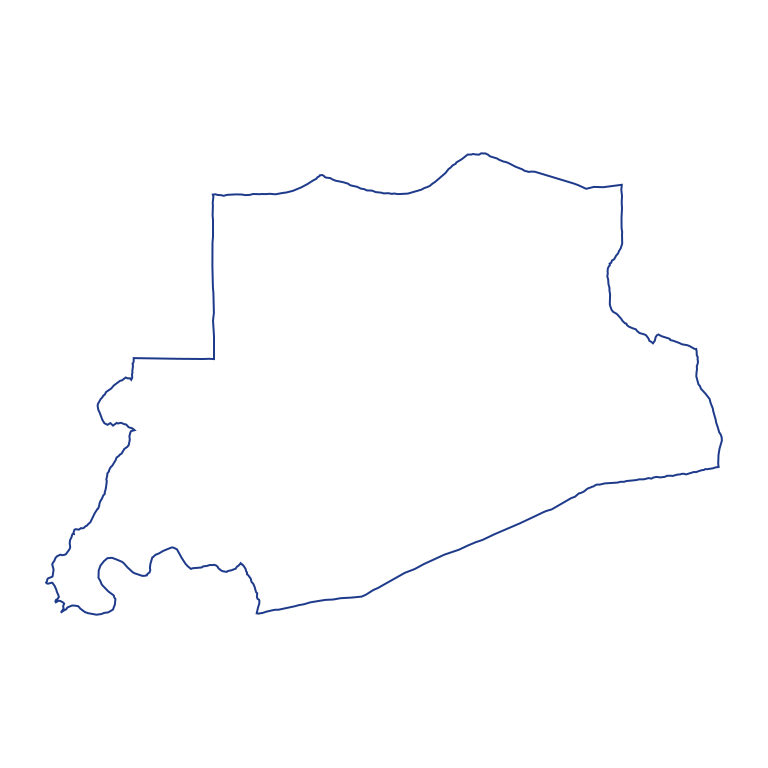 Bounkiling, Sédhiou, Senegal (Albers equal-area conic projection)
{"feature_id": "50182788B68388966372963", "entity_name": "Bounkiling", "entity_type": "district", "adm_level": 2, "iso_a3": "SEN", "parent_name": "Senegal", "parent_adm1": "Sédhiou", "projection": "albers", "projection_center": [-15.653, 13.139], "detail": "fine", "context": "isolated", "style": "outline", "palette": "blue", "viewbox_px": 768, "rotation_deg": 0, "n_neighbors": 0, "source": "geoboundaries", "source_scale": "gbopen_adm2", "svg_char_len": 6049}
<svg xmlns="http://www.w3.org/2000/svg" viewBox="0 0 768 768"><path d="M60.9,612.6L64.1,610.3L66.2,609.3L67.5,607.4L72.1,605.5L74.6,605.6L78.2,606.2L80.4,608.7L85.0,612.1L88.2,613.2L96.4,614.7L101.1,614.1L104.2,612.9L108.1,612.4L111.8,610.3L113.0,609.5L114.9,604.4L115.4,599.0L114.4,597.7L113.7,595.4L108.4,591.5L102.4,585.3L101.3,583.6L100.5,581.3L98.5,577.8L98.7,570.6L100.5,565.5L104.1,561.0L107.4,558.2L112.0,557.8L116.3,559.4L122.0,561.8L123.9,563.3L127.5,567.4L132.8,572.3L134.7,573.3L142.4,575.9L145.6,575.7L146.1,575.3L146.9,575.3L147.5,573.9L149.5,572.5L150.3,570.1L149.9,568.1L150.4,563.9L152.3,557.5L152.9,557.2L155.5,554.8L158.8,553.5L163.4,550.8L171.5,547.5L173.5,547.6L177.0,549.4L181.8,558.1L185.5,563.8L188.1,566.6L191.0,568.9L192.8,568.2L201.5,567.5L203.4,566.3L206.7,566.0L209.8,565.0L212.5,565.1L213.9,564.8L215.8,565.3L217.6,566.7L218.5,568.4L221.5,570.7L223.2,571.3L226.7,571.9L228.0,571.0L231.3,570.3L235.6,568.7L237.0,566.6L238.4,565.8L240.7,563.2L241.5,564.4L242.3,564.4L243.5,565.8L245.5,568.7L246.2,571.4L247.0,572.5L247.0,574.2L248.2,575.2L250.7,578.6L251.5,581.9L253.1,583.6L253.7,584.7L254.7,587.2L256.0,592.0L257.2,593.2L256.9,597.0L257.6,598.9L259.0,599.7L259.4,600.8L259.3,603.4L257.9,608.1L256.7,613.3L258.5,613.6L262.8,612.9L266.2,611.7L274.6,609.8L278.6,609.7L295.5,606.1L298.5,605.2L303.8,604.3L310.5,602.3L325.3,599.9L333.3,599.5L340.5,598.2L351.4,597.6L361.6,596.6L365.6,594.9L373.2,590.1L378.1,587.9L404.7,572.9L414.8,569.0L423.6,564.2L444.5,554.6L459.0,549.7L467.9,545.5L475.5,542.3L482.6,539.9L494.3,534.3L519.3,523.6L543.2,512.3L546.2,511.0L551.7,509.4L571.4,498.0L574.9,496.8L579.0,493.3L580.5,493.1L582.1,492.4L584.1,491.4L587.0,489.0L588.4,488.2L590.8,487.4L591.9,486.8L593.3,486.5L595.5,485.1L597.0,484.6L599.7,484.6L604.8,483.4L617.5,482.6L620.5,481.8L624.0,481.8L626.7,481.0L636.1,480.1L639.4,479.3L643.9,479.3L648.5,478.1L651.4,478.6L653.3,477.6L656.2,476.9L660.4,477.4L665.0,476.8L666.9,475.8L670.7,475.7L672.4,476.0L677.4,474.6L680.1,474.4L681.9,473.8L684.0,473.8L686.1,474.4L693.9,472.0L696.0,472.1L701.6,470.2L703.8,470.0L705.2,469.1L707.1,469.2L713.0,468.3L715.5,467.4L718.6,467.0L718.2,463.9L718.5,455.0L719.5,448.8L721.9,440.5L721.6,436.9L720.5,434.2L719.2,432.3L717.9,427.7L716.2,422.7L715.7,419.8L713.2,411.0L712.8,408.4L710.7,403.2L709.6,399.0L705.5,393.7L700.9,388.7L700.0,386.2L698.4,384.2L696.3,376.3L696.6,371.5L697.0,369.6L696.8,366.1L697.5,364.3L698.0,362.0L697.6,359.3L697.7,357.1L696.8,355.3L696.6,351.0L696.2,349.0L695.6,349.2L694.4,348.8L689.6,346.1L687.3,345.2L682.0,344.3L679.1,342.9L673.1,340.7L670.4,340.1L669.7,338.8L661.6,336.2L658.4,334.5L657.0,335.2L655.7,337.0L654.8,340.7L653.0,343.3L650.9,341.6L649.5,341.0L648.5,338.5L646.0,335.2L644.3,334.4L639.5,333.0L637.1,331.0L635.8,329.3L632.5,328.2L628.8,326.6L627.0,325.1L626.4,323.6L625.1,323.4L622.5,320.9L621.3,318.9L616.8,313.9L613.1,311.8L611.6,309.9L610.2,306.0L609.8,304.1L610.1,294.6L609.4,290.0L609.5,288.0L608.5,284.3L608.1,279.1L607.3,276.5L607.8,273.3L607.6,271.6L607.8,268.7L608.7,266.6L609.9,265.2L609.6,263.6L611.2,262.8L611.9,260.6L614.2,259.2L616.2,255.5L618.1,253.4L618.9,251.2L620.7,248.3L622.2,243.6L622.0,234.4L622.2,232.2L621.6,228.3L621.5,218.0L622.0,208.3L621.7,202.2L622.0,195.8L621.3,189.8L621.8,184.8L603.2,187.2L593.9,186.9L586.2,188.8L578.1,185.1L573.4,183.4L534.7,171.7L531.0,171.6L528.8,171.9L524.6,170.8L522.2,169.3L515.5,166.7L508.0,162.8L505.4,161.9L503.6,161.6L498.8,159.6L497.1,158.5L489.9,156.3L488.2,154.8L485.4,153.4L483.7,153.5L481.8,153.3L480.8,153.5L479.3,154.6L476.0,154.5L473.0,154.0L471.5,154.5L467.6,154.6L461.5,159.4L456.4,162.4L455.6,163.8L452.5,165.5L450.7,167.5L448.5,169.1L445.5,173.0L435.1,181.9L432.0,184.0L430.1,185.7L427.5,187.0L424.4,188.0L421.3,189.7L407.8,193.6L398.0,194.1L394.0,193.5L392.0,193.9L388.3,193.2L383.7,193.4L381.5,192.7L375.8,192.1L372.0,190.6L366.7,190.4L364.4,189.2L360.8,188.6L357.1,186.8L350.3,185.3L347.9,183.6L342.8,182.1L335.6,180.7L332.4,179.4L330.3,178.1L326.1,177.6L324.9,177.1L324.0,176.0L322.2,175.0L319.9,175.3L319.4,176.2L317.5,177.2L316.3,178.8L312.7,180.7L307.6,184.0L301.2,187.4L293.0,190.8L285.9,192.6L283.5,192.8L275.5,194.3L270.0,193.8L265.9,194.1L261.6,194.0L260.1,194.2L253.0,194.0L249.8,194.9L245.4,195.1L241.4,194.5L236.1,194.4L227.5,194.8L223.5,195.8L221.3,195.2L217.3,194.9L215.5,194.3L212.8,194.6L213.4,196.7L212.7,202.9L212.9,205.9L212.6,215.6L213.0,219.9L213.0,237.1L212.5,242.6L212.4,266.0L212.9,286.9L213.4,293.2L213.9,312.9L213.0,320.5L214.0,336.2L214.0,359.1L209.3,358.8L202.6,359.0L178.3,358.8L133.7,358.1L133.7,361.2L133.2,363.0L132.6,363.6L133.0,366.0L132.3,371.2L132.5,372.6L132.0,374.3L132.2,377.8L131.2,379.8L130.0,378.3L127.7,378.4L125.8,377.5L121.9,380.4L120.1,380.8L113.9,385.4L111.2,388.5L106.0,392.1L104.8,394.6L103.3,395.6L102.5,397.1L100.6,399.2L97.9,404.0L97.6,405.8L98.1,408.6L98.4,410.1L99.3,411.7L102.4,419.9L104.4,423.2L107.4,424.8L110.4,423.1L113.0,425.6L116.7,422.9L117.8,423.5L121.0,422.8L124.7,424.3L126.2,424.5L128.6,427.2L132.6,428.5L134.6,430.2L131.1,431.1L130.3,432.7L129.4,436.2L129.8,439.7L128.7,445.1L127.2,447.0L124.4,448.8L121.5,453.7L119.9,454.6L118.5,456.2L116.6,457.5L115.7,460.0L112.2,465.8L110.9,466.9L109.7,468.8L108.8,471.3L108.9,471.5L107.3,473.5L107.3,475.2L106.3,479.5L106.8,481.0L106.1,486.7L105.5,489.9L104.7,492.3L104.8,493.9L103.3,495.4L101.8,498.9L100.5,500.9L99.6,503.1L99.1,506.1L98.1,508.7L97.5,508.9L94.8,513.1L90.4,522.2L87.9,524.4L87.2,525.4L85.1,526.6L83.7,528.0L82.1,528.4L81.0,528.1L78.9,529.6L75.5,529.2L74.4,529.8L73.6,532.3L73.9,534.0L72.9,533.8L72.3,534.4L71.5,537.2L70.0,540.3L69.7,543.3L70.2,547.1L69.6,549.1L66.0,554.1L64.6,554.8L62.3,555.2L60.3,554.7L57.0,556.3L55.5,557.9L54.3,560.9L52.9,562.8L52.2,564.3L53.6,569.7L52.6,576.3L52.1,576.8L48.2,578.3L47.3,579.3L47.0,581.1L46.1,582.6L46.6,583.3L48.0,583.7L51.8,582.7L52.4,582.8L54.6,585.9L56.4,589.9L56.8,591.7L58.3,595.0L58.9,597.0L57.4,599.1L56.1,599.8L55.4,601.3L55.9,602.3L58.4,600.8L60.3,600.9L63.4,602.7L64.2,603.7L63.1,606.1L63.6,608.6L60.9,612.6Z" fill="none" stroke="#1e3a8a" stroke-width="2"/></svg>